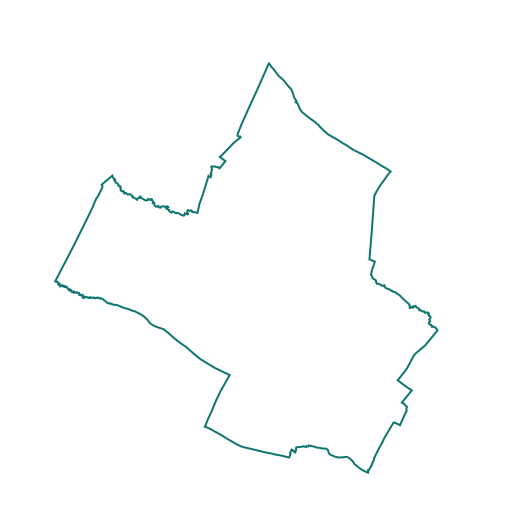 the district of Vela, Dolj, Romania, rotated 191°
{"feature_id": "2599482B98796919429095", "entity_name": "Vela", "entity_type": "district", "adm_level": 2, "iso_a3": "ROU", "parent_name": "Romania", "parent_adm1": "Dolj", "projection": "orthographic", "projection_center": [23.395, 44.274], "detail": "fine", "context": "isolated", "style": "outline", "palette": "teal", "viewbox_px": 512, "rotation_deg": 191, "n_neighbors": 0, "source": "geoboundaries", "source_scale": "gbopen_adm2", "svg_char_len": 5991}
<svg xmlns="http://www.w3.org/2000/svg" viewBox="0 0 512 512"><g transform="rotate(191 256 256)"><path d="M279.9,447.5L280.5,446.0L286.0,421.6L291.5,399.1L295.3,382.6L297.1,373.4L297.3,370.8L297.1,370.5L296.0,370.1L294.1,370.2L293.7,369.5L299.4,362.9L308.8,348.2L310.4,346.3L304.1,343.3L308.5,335.1L309.1,335.2L309.7,335.9L311.7,335.7L313.0,336.0L314.1,336.0L314.7,335.6L316.1,335.7L316.7,335.4L316.8,334.3L315.6,332.8L316.3,327.9L315.3,327.7L315.6,324.6L317.9,325.5L319.7,307.8L321.5,295.8L321.6,287.2L322.4,287.0L324.3,287.4L326.6,287.0L327.2,287.3L327.7,288.2L328.1,288.4L328.7,288.4L329.8,287.6L331.3,288.2L331.8,287.8L332.0,286.2L331.8,285.7L330.8,284.7L330.7,284.2L331.0,284.0L332.3,284.0L334.1,284.4L334.2,284.0L334.2,282.1L335.0,281.7L336.9,282.0L340.1,283.2L341.7,283.3L342.1,283.0L343.2,282.8L345.4,283.9L346.9,283.5L347.2,282.5L349.1,283.1L349.9,283.7L350.0,284.7L352.9,285.3L352.5,286.5L351.4,287.3L351.5,287.5L352.5,287.7L352.8,287.8L354.1,286.8L355.9,287.3L358.6,286.2L358.8,285.9L358.8,285.3L359.0,285.1L360.5,285.3L361.1,286.3L361.5,286.6L362.9,285.3L363.5,285.3L365.4,286.3L365.7,287.0L365.8,288.5L366.0,288.8L367.5,288.2L367.6,288.5L367.5,289.7L369.3,292.0L369.9,291.8L370.1,291.0L371.4,291.2L371.5,290.9L373.0,291.3L373.1,290.2L374.5,289.4L377.2,290.1L379.0,290.9L380.0,291.4L380.6,292.3L381.1,292.4L381.4,291.9L381.5,290.6L382.4,290.6L383.3,289.4L383.4,288.5L383.8,288.6L385.2,289.5L387.3,289.9L387.8,290.2L388.0,290.7L388.5,290.3L389.5,291.7L390.4,292.5L391.8,292.6L393.1,291.9L393.6,291.8L395.8,293.1L396.3,292.9L396.8,292.2L397.9,292.8L397.7,293.6L398.0,294.0L399.1,294.4L400.2,294.0L401.2,294.5L401.6,295.7L401.6,296.6L402.3,297.3L402.1,298.1L402.2,298.4L403.3,298.4L404.1,299.2L404.7,299.0L405.0,300.0L405.2,300.3L406.2,300.9L407.9,301.4L408.6,302.5L408.5,303.4L409.4,303.3L409.7,303.5L409.7,303.8L409.4,304.2L409.5,304.5L412.4,306.3L412.0,307.0L412.3,307.5L421.2,296.5L419.9,295.1L420.3,292.6L421.0,289.8L422.8,283.8L423.6,282.3L425.1,276.1L425.3,274.4L427.9,264.2L436.5,232.7L448.3,192.8L448.0,192.6L447.4,192.9L446.8,192.6L446.2,192.8L445.9,192.4L445.2,192.4L445.0,192.1L445.0,191.7L444.1,191.4L444.4,190.6L443.4,190.6L443.6,190.1L443.5,189.7L442.3,189.8L442.2,189.0L440.4,190.4L440.1,190.3L440.0,189.5L439.4,189.8L438.3,189.9L438.4,189.3L438.3,189.1L437.5,189.1L436.7,189.6L436.1,189.1L435.4,189.3L434.8,188.2L433.6,187.8L433.4,187.1L432.9,187.5L432.4,187.4L432.2,187.1L432.4,186.7L432.1,186.6L431.7,187.2L431.7,187.5L430.9,187.2L430.6,186.8L430.4,185.9L429.7,185.3L428.8,185.6L428.9,186.1L428.1,186.5L427.6,186.1L427.5,185.3L426.6,185.6L425.7,185.6L425.0,186.3L424.5,185.8L422.4,185.8L422.1,185.4L422.4,184.5L422.0,184.1L421.2,184.3L420.6,184.0L420.1,184.4L419.5,184.2L418.8,184.7L418.4,184.0L418.4,182.6L418.1,182.1L417.4,181.8L417.0,182.1L417.6,182.7L417.6,183.2L417.3,183.5L416.7,183.5L415.2,183.0L414.3,183.4L413.1,183.3L412.6,182.8L412.1,182.8L411.2,183.1L411.2,183.7L411.0,184.0L410.4,183.5L409.7,183.5L408.0,184.2L407.5,183.7L406.7,184.2L405.8,183.8L405.1,184.4L404.7,184.4L404.1,184.8L403.7,184.6L403.1,185.1L402.0,184.5L400.7,184.9L400.4,184.6L399.3,184.8L395.0,182.9L392.8,181.5L391.0,181.6L390.2,181.2L389.8,181.6L389.2,181.4L388.6,181.6L387.9,181.1L386.3,181.0L383.2,181.4L375.4,179.8L371.3,179.6L366.4,178.6L364.5,178.7L362.1,177.8L360.9,177.7L357.8,176.7L354.1,175.1L350.1,172.5L347.1,169.7L343.9,168.4L339.9,167.4L332.8,166.5L330.4,165.3L326.7,163.4L322.2,160.5L315.7,157.1L307.0,153.2L295.1,146.3L290.1,143.8L274.8,138.2L259.1,134.1L264.8,117.2L267.6,106.7L269.2,99.1L269.6,96.3L271.8,87.7L273.6,78.6L272.0,78.5L268.3,77.6L253.9,72.9L250.4,71.4L239.0,67.5L233.7,66.1L208.7,65.0L202.1,65.1L200.3,64.8L193.3,64.9L185.0,64.5L184.3,68.3L184.9,68.7L184.7,70.4L184.1,72.8L181.7,71.9L181.8,71.3L179.9,70.7L179.7,73.2L179.7,73.8L180.1,74.3L179.9,75.9L174.3,77.6L173.0,78.1L172.9,78.4L170.3,78.0L170.0,79.0L168.3,79.1L168.0,80.1L162.0,80.0L159.9,79.5L157.7,79.8L153.7,79.7L150.5,80.3L150.0,80.2L148.3,79.2L147.8,78.4L147.0,76.5L145.9,75.5L144.5,75.0L140.3,74.1L136.7,73.9L131.4,75.2L129.5,76.0L127.5,76.0L125.9,75.4L121.8,73.0L119.7,70.5L117.0,69.3L114.9,67.9L108.8,65.5L106.8,65.2L106.0,64.8L104.6,64.7L105.1,66.7L105.1,67.2L104.3,67.5L103.1,71.3L102.5,71.9L102.7,73.3L102.6,73.8L102.3,73.9L102.0,75.5L102.2,76.1L101.6,77.3L101.3,78.3L101.4,80.4L98.4,91.2L96.2,97.8L95.6,100.8L89.3,118.5L89.0,118.9L88.0,118.9L82.4,117.4L79.3,130.6L78.5,132.5L79.2,134.2L79.0,136.7L80.4,137.5L82.8,139.5L83.7,139.4L84.9,140.0L77.4,153.8L84.4,156.7L93.2,161.0L87.4,172.1L86.3,174.7L81.8,189.0L80.3,191.3L72.9,200.5L63.9,217.0L63.7,217.7L66.0,219.9L68.6,220.6L69.0,220.5L69.3,220.0L69.8,219.9L70.1,220.3L70.0,220.9L70.6,221.7L71.1,222.0L72.3,221.8L73.0,222.2L73.5,223.1L73.5,223.9L73.1,224.2L72.7,224.9L72.9,225.5L73.9,226.5L73.0,228.1L72.9,228.8L73.3,229.9L73.7,230.2L74.7,230.2L75.0,230.9L75.8,231.4L75.9,231.8L75.2,232.5L75.4,232.7L76.9,233.3L78.4,233.0L79.4,232.5L80.5,233.7L81.8,233.3L82.8,233.7L83.3,234.1L85.3,233.8L85.6,234.2L85.5,234.9L85.9,235.4L87.9,235.9L89.9,237.5L90.3,237.4L90.8,236.7L90.9,236.3L92.2,236.5L92.4,236.2L92.3,235.2L94.2,235.6L95.0,234.3L95.3,234.4L95.3,236.0L95.5,236.4L96.1,236.8L96.1,237.6L103.9,242.3L106.9,244.5L112.9,247.1L114.3,247.0L115.8,247.8L116.4,247.5L117.5,248.3L118.6,248.6L119.3,248.7L120.2,249.1L120.9,248.9L122.8,249.5L124.0,250.3L124.2,251.4L124.6,251.8L125.6,250.9L126.3,250.8L129.7,252.0L131.3,252.1L132.1,251.9L133.2,253.3L133.3,254.2L133.6,254.9L137.5,256.5L137.9,257.9L139.5,259.6L139.6,260.0L139.3,265.9L138.6,269.7L138.3,273.2L144.0,274.3L147.2,303.3L151.3,337.4L150.1,342.1L147.4,349.2L141.6,361.8L140.0,364.6L144.8,366.8L149.7,368.4L156.7,371.1L170.9,376.1L180.6,378.7L188.9,382.2L191.6,383.0L198.7,385.9L207.9,388.9L212.5,391.4L218.1,395.2L219.5,396.4L223.1,398.5L233.5,403.4L234.8,404.3L237.8,405.7L240.6,408.2L244.0,413.3L246.4,414.6L245.5,415.4L248.8,418.9L251.2,423.4L253.7,426.9L256.1,428.4L262.4,433.7L268.7,437.5L274.3,442.7L276.7,444.4L279.9,447.5Z" fill="none" stroke="#0f766e" stroke-width="2"/></g></svg>